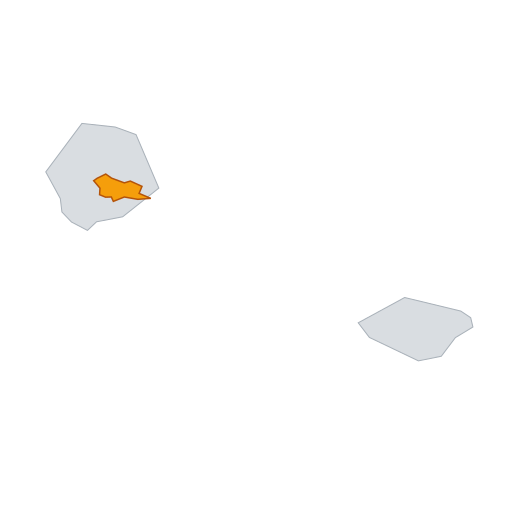 location of Saint George within Antigua and Barbuda, rotated 117°
{"feature_id": "ATG-5093", "entity_name": "Saint George", "entity_type": "Parish", "adm_level": 1, "iso_a3": "ATG", "parent_name": "Antigua and Barbuda", "parent_adm1": "", "projection": "natural_earth1", "projection_center": [-61.781, 17.118], "detail": "fine", "context": "in_parent", "style": "filled", "palette": "amber", "viewbox_px": 512, "rotation_deg": 117, "n_neighbors": 0, "source": "natural_earth", "source_scale": "10m", "svg_char_len": 696}
<svg xmlns="http://www.w3.org/2000/svg" viewBox="0 0 512 512"><g transform="rotate(117 256 256)"><path d="M293.7,456.4L276.5,481.5L216.9,471.3L205.0,440.0L202.3,418.0L239.6,373.4L281.6,392.6L297.9,413.6L309.7,417.8L309.5,435.8L304.9,448.9L293.7,456.4ZM277.1,118.0L269.1,134.6L225.5,104.7L212.1,48.5L213.5,36.7L220.8,30.5L238.2,41.3L261.2,45.4L275.7,63.7L277.1,118.0Z" fill="#d9dde1" stroke="#a8b0b8" stroke-width="1"/><path d="M252.4,375.9L259.2,387.1L263.2,400.1L272.1,407.9L269.1,411.7L271.9,416.8L272.4,423.2L266.4,425.8L262.6,434.8L258.8,432.8L251.2,427.1L252.2,420.0L250.6,406.5L246.3,402.0L245.7,389.2L253.3,388.6L252.4,375.9Z" fill="#f59e0b" stroke="#b45309" stroke-width="1.5"/></g></svg>